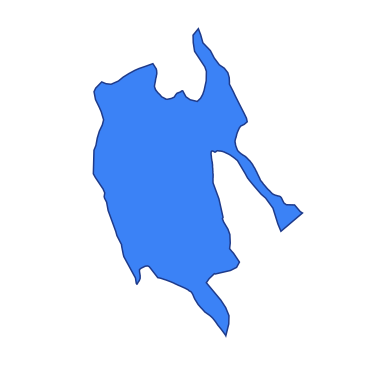 Dhulaymat Habur, Amran, Yemen (Equal Earth projection), rotated 334°
{"feature_id": "15242507B9657421257860", "entity_name": "Dhulaymat Habur", "entity_type": "district", "adm_level": 2, "iso_a3": "YEM", "parent_name": "Yemen", "parent_adm1": "Amran", "projection": "equal_earth", "projection_center": [43.768, 16.038], "detail": "fine", "context": "isolated", "style": "filled", "palette": "blue", "viewbox_px": 384, "rotation_deg": 334, "n_neighbors": 0, "source": "geoboundaries", "source_scale": "gbopen_adm2", "svg_char_len": 5910}
<svg xmlns="http://www.w3.org/2000/svg" viewBox="0 0 384 384"><g transform="rotate(334 192 192)"><path d="M159.4,336.0L167.2,326.7L171.0,319.4L171.6,310.7L170.5,301.8L165.1,279.8L169.4,277.4L176.0,275.3L176.3,275.2L177.0,275.9L192.2,279.4L199.0,279.3L203.9,275.8L202.5,265.4L202.2,264.3L201.9,263.3L201.6,262.3L201.3,261.0L201.2,260.5L201.1,260.0L200.9,259.5L204.0,254.6L207.4,246.8L208.0,241.2L207.3,232.8L207.6,229.3L208.8,228.4L213.2,209.9L214.9,193.0L215.2,192.5L215.3,192.1L215.7,191.3L216.6,189.4L217.0,188.6L217.5,187.9L217.9,186.9L218.4,186.1L218.8,185.1L219.1,184.1L219.4,183.3L219.9,182.5L220.0,182.0L220.8,180.3L221.0,179.8L221.2,179.1L221.8,177.7L222.1,177.2L222.7,175.7L222.8,175.0L223.1,174.6L223.4,173.4L223.5,173.0L223.6,172.5L223.7,172.0L224.0,171.4L224.2,170.6L224.4,170.0L224.8,169.0L225.0,168.5L225.2,168.0L225.4,167.3L225.6,166.6L225.8,166.1L226.6,164.7L227.0,164.2L227.5,163.9L227.8,164.0L228.2,164.0L228.5,164.3L228.8,164.5L229.1,164.8L229.9,166.1L230.3,166.3L231.0,166.3L231.4,166.1L232.1,166.0L232.9,166.0L234.1,166.8L234.4,167.1L234.8,167.2L235.2,167.5L235.6,167.7L236.2,168.1L236.6,168.5L236.9,168.6L237.9,169.7L238.2,169.9L238.6,170.3L239.2,171.2L239.6,171.6L240.0,172.2L240.4,172.6L241.5,174.0L243.0,176.2L243.1,176.6L244.1,178.3L244.8,179.7L245.2,180.4L245.7,181.7L246.0,182.3L246.3,183.0L246.6,183.5L247.9,198.9L248.0,202.2L248.1,203.5L248.1,204.0L248.3,204.5L248.6,206.3L250.6,214.5L253.2,224.3L255.5,229.7L257.6,241.6L257.7,241.8L255.2,258.3L254.7,266.3L282.1,259.3L280.7,257.1L278.5,248.6L271.2,244.8L269.8,242.1L269.8,240.3L269.8,240.1L269.8,239.7L269.7,239.5L269.7,239.1L269.8,238.9L269.8,238.2L269.8,237.9L269.8,236.4L269.7,236.1L269.6,235.7L269.4,235.0L268.8,234.2L268.3,233.8L267.8,233.4L267.7,233.3L267.2,233.0L266.9,232.6L266.7,232.4L266.1,231.9L265.9,231.8L265.7,231.6L265.5,231.4L264.2,229.9L264.0,229.5L263.8,229.3L263.7,229.1L263.4,228.7L263.3,228.4L263.2,228.0L263.1,227.7L263.0,227.3L262.7,226.7L262.6,226.1L262.5,225.7L262.3,225.0L262.2,224.7L262.0,224.4L261.9,224.0L261.7,223.5L261.5,223.1L261.4,222.6L261.2,222.3L261.2,222.0L261.0,221.3L260.9,221.1L260.8,220.6L260.7,220.4L260.7,220.0L260.5,219.5L260.5,219.1L260.3,218.7L260.2,218.3L260.2,218.1L260.1,217.8L260.0,217.4L259.9,217.0L259.7,216.7L259.6,215.9L259.5,215.7L259.5,215.1L259.4,214.9L259.4,214.5L259.2,213.9L259.2,213.5L258.8,212.3L258.8,212.0L258.7,211.7L258.7,210.4L258.8,209.7L258.8,208.8L258.8,204.6L258.8,204.2L258.9,202.1L258.8,201.7L258.8,198.1L258.7,197.8L258.7,197.3L258.6,197.1L258.6,196.1L258.5,195.5L258.5,194.2L258.4,193.8L258.4,193.3L258.3,192.9L258.1,191.8L257.9,191.1L257.8,190.1L257.7,189.7L257.5,189.1L257.3,188.7L257.1,188.2L257.1,187.9L256.9,187.7L256.8,187.3L256.7,186.6L256.4,185.9L256.3,185.7L256.2,185.1L256.0,184.7L255.9,184.3L255.8,184.2L255.6,184.0L255.6,183.6L255.4,183.4L255.3,183.1L255.1,182.8L254.9,182.5L254.6,182.0L254.3,181.5L254.1,181.4L253.9,180.9L253.7,180.6L253.4,180.0L253.1,179.6L252.8,179.0L252.7,178.7L252.6,178.4L252.3,178.0L252.0,177.1L251.8,176.9L251.7,176.2L251.5,175.7L251.3,175.2L251.2,174.8L251.2,173.7L251.3,173.3L251.3,172.6L251.4,172.0L251.4,171.6L251.5,171.0L251.5,170.6L251.5,170.4L251.5,169.9L251.6,169.6L251.8,169.1L251.8,168.9L251.9,168.2L252.0,167.9L252.2,167.7L252.3,166.9L252.5,166.6L252.5,166.2L252.5,165.9L252.8,165.6L253.0,165.1L253.4,164.5L253.9,163.9L254.4,163.3L254.7,162.9L255.0,162.7L255.4,162.2L255.6,162.1L255.7,161.9L255.9,161.8L256.3,161.2L256.9,160.6L257.2,160.0L257.7,159.6L258.8,158.4L259.3,158.0L260.4,157.0L260.7,156.8L261.0,156.5L261.2,156.4L261.3,156.2L261.8,155.9L262.2,155.5L262.7,155.1L262.9,155.1L263.5,154.7L263.8,154.6L264.7,154.1L268.6,154.1L272.4,153.1L273.3,149.5L273.3,143.7L273.1,134.0L273.0,124.3L273.1,119.8L272.9,111.4L273.8,109.7L275.6,105.5L276.5,100.5L275.3,94.9L272.3,89.7L270.7,81.3L270.5,73.0L267.2,62.7L268.7,54.5L269.3,48.0L261.7,51.5L258.6,58.3L258.5,58.6L256.0,66.7L258.4,85.1L257.8,89.9L253.5,98.3L247.4,106.0L244.4,109.0L240.8,111.5L236.4,112.9L230.8,108.3L228.3,103.8L228.0,97.0L227.3,96.7L226.7,96.7L226.4,96.8L226.2,96.8L226.0,97.0L225.1,97.0L224.8,96.9L224.5,96.9L224.2,96.8L223.3,96.9L223.0,96.8L222.9,96.7L221.8,96.7L221.6,96.7L221.4,96.8L221.2,96.9L220.9,97.1L220.3,97.3L219.4,97.8L218.5,98.4L217.8,98.9L214.6,98.9L210.3,97.8L208.8,96.7L208.9,96.4L206.5,93.2L206.3,92.7L206.2,92.3L206.2,91.9L206.0,91.2L205.8,90.5L205.5,89.7L205.4,89.4L205.3,89.0L205.0,88.2L204.7,87.5L204.7,87.1L204.6,86.6L204.5,86.3L204.4,86.0L204.4,85.7L204.3,85.3L204.3,85.0L204.1,84.9L204.1,82.9L204.3,82.7L204.3,81.7L204.4,81.3L204.5,80.7L205.1,79.7L205.3,79.5L205.6,79.0L206.3,78.1L206.5,77.8L207.4,76.7L207.9,76.0L208.3,75.3L209.1,74.3L209.5,73.7L210.3,72.9L210.7,72.3L210.9,71.9L211.6,71.1L212.2,70.2L212.5,69.7L212.6,69.3L212.9,68.8L213.0,68.4L213.5,67.2L213.6,66.5L213.8,66.0L213.8,65.5L213.1,59.5L204.9,58.6L198.5,57.8L194.0,57.6L187.1,57.9L180.4,58.6L174.5,60.0L166.5,59.7L162.2,57.0L159.1,53.5L151.0,56.4L147.9,58.9L145.8,66.6L145.8,75.2L145.6,80.1L144.2,88.4L140.8,92.4L135.4,96.7L130.5,102.0L126.1,108.0L122.2,111.5L111.3,132.4L111.5,136.5L113.2,148.9L113.4,149.9L113.2,154.5L112.4,155.7L111.0,157.7L110.7,159.4L110.8,163.7L108.5,171.9L106.2,194.1L105.4,198.3L105.6,208.8L105.2,209.2L102.9,217.8L102.4,220.3L103.5,244.4L101.9,249.6L102.1,250.7L102.3,250.7L104.3,249.3L105.7,248.6L107.5,246.9L108.7,244.5L109.9,240.6L110.8,238.7L112.8,238.2L117.5,238.2L119.7,239.0L120.8,240.3L121.3,242.5L123.7,254.0L125.1,255.0L126.3,256.0L127.5,257.2L128.6,258.3L129.9,259.5L133.3,263.1L135.5,265.6L136.7,267.2L137.8,268.5L138.8,269.8L139.9,271.0L143.5,275.3L144.6,276.8L145.6,278.2L146.2,279.7L147.3,281.0L147.7,282.8L147.8,284.5L147.6,287.9L147.6,289.8L147.8,291.7L148.2,295.8L148.7,297.6L149.2,299.6L149.9,301.7L151.0,305.6L153.9,310.8L154.6,312.5L155.3,314.4L156.3,319.0L156.9,323.1L157.4,325.2L157.9,327.4L158.3,329.4L159.1,333.8L159.4,335.7L159.4,336.0Z" fill="#3b82f6" stroke="#1e3a8a" stroke-width="1.5"/></g></svg>